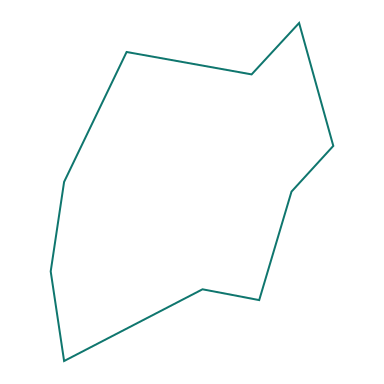 SVG path tracing the border of Anse Etoile
{"feature_id": "SYC-5200", "entity_name": "Anse Etoile", "entity_type": "state/province", "adm_level": 1, "iso_a3": "SYC", "parent_name": "Seychelles", "parent_adm1": "", "projection": "orthographic", "projection_center": [55.454, -4.588], "detail": "fine", "context": "isolated", "style": "outline", "palette": "teal", "viewbox_px": 384, "rotation_deg": 0, "n_neighbors": 0, "source": "natural_earth", "source_scale": "10m", "svg_char_len": 252}
<svg xmlns="http://www.w3.org/2000/svg" viewBox="0 0 384 384"><path d="M299.1,23.0L333.3,145.9L291.5,191.6L259.2,300.1L202.5,289.3L64.1,361.0L50.7,271.4L64.1,181.9L126.6,52.0L251.6,74.4L299.1,23.0Z" fill="none" stroke="#0f766e" stroke-width="2"/></svg>